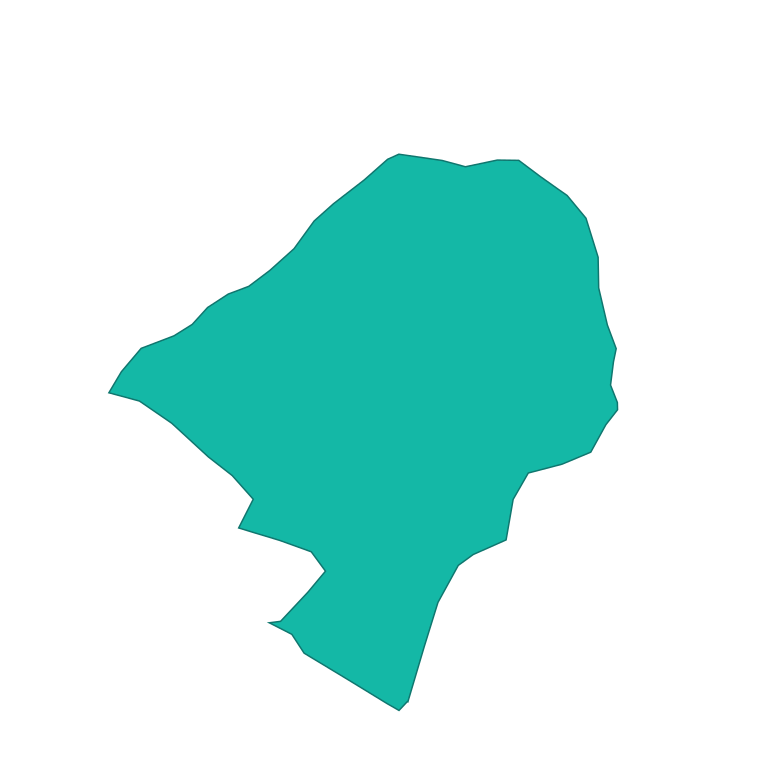 Trachoni Lemesou, Cyprus (Equal Earth projection), rotated 308°
{"feature_id": "46923920B27703418530208", "entity_name": "Trachoni Lemesou", "entity_type": "district", "adm_level": 2, "iso_a3": "CYP", "parent_name": "Cyprus", "parent_adm1": "", "projection": "equal_earth", "projection_center": [32.957, 34.656], "detail": "fine", "context": "isolated", "style": "filled", "palette": "teal", "viewbox_px": 768, "rotation_deg": 308, "n_neighbors": 0, "source": "geoboundaries", "source_scale": "gbopen_adm2", "svg_char_len": 927}
<svg xmlns="http://www.w3.org/2000/svg" viewBox="0 0 768 768"><g transform="rotate(308 384 384)"><path d="M148.2,598.5L202.6,577.1L245.1,561.0L286.8,554.2L304.6,559.3L336.3,576.2L372.6,556.8L387.3,554.7L402.7,552.5L430.5,573.7L457.6,588.9L488.5,583.9L507.5,583.9L513.1,579.3L522.6,563.2L542.7,551.2L554.8,545.2L568.0,523.7L591.9,494.0L615.7,474.7L639.0,441.1L645.3,412.2L644.7,401.0L643.7,379.2L643.2,352.5L630.2,335.4L605.3,314.4L596.0,292.3L574.2,254.2L563.3,248.5L532.7,242.8L494.9,233.2L469.5,228.6L435.2,229.8L403.1,224.1L377.7,217.3L359.0,205.9L335.7,197.9L312.9,196.2L292.6,188.8L262.6,170.7L232.0,169.5L207.7,172.6L220.0,201.8L222.4,240.9L218.4,290.6L218.4,320.8L212.7,351.9L181.1,358.1L186.8,373.0L196.5,398.0L207.0,430.0L200.5,453.1L173.0,452.2L133.3,448.6L125.2,440.6L130.0,465.5L122.7,486.8L128.4,533.9L134.1,583.6L136.0,596.8L148.0,597.9L148.2,598.5Z" fill="#14b8a6" stroke="#0f766e" stroke-width="1.5"/></g></svg>